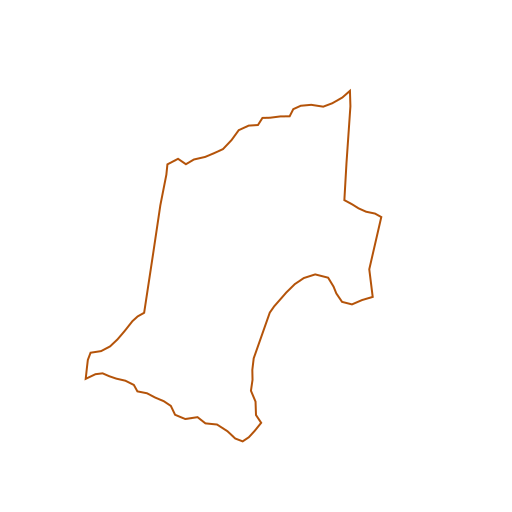 the district of Pilar, Paraíba, Brazil, rotated 209°
{"feature_id": "56859067B15568189766484", "entity_name": "Pilar", "entity_type": "district", "adm_level": 2, "iso_a3": "BRA", "parent_name": "Brazil", "parent_adm1": "Paraíba", "projection": "orthographic", "projection_center": [-35.268, -7.284], "detail": "fine", "context": "isolated", "style": "outline", "palette": "amber", "viewbox_px": 512, "rotation_deg": 209, "n_neighbors": 0, "source": "geoboundaries", "source_scale": "gbopen_adm2", "svg_char_len": 1197}
<svg xmlns="http://www.w3.org/2000/svg" viewBox="0 0 512 512"><g transform="rotate(209 256 256)"><path d="M253.9,446.0L257.3,436.5L263.4,426.5L269.6,419.2L281.0,415.0L289.7,409.1L294.6,402.5L294.3,394.5L302.5,389.8L310.8,383.7L317.3,379.9L317.8,371.5L325.6,366.5L332.1,357.7L333.6,345.5L336.7,333.5L342.3,325.9L348.5,318.0L357.1,310.3L361.8,302.3L371.3,303.2L377.9,293.2L373.8,283.6L364.3,254.1L347.3,208.7L326.3,152.1L330.2,145.8L332.5,139.1L334.5,126.8L336.7,116.0L339.8,106.2L345.4,97.7L353.8,91.2L352.7,83.6L350.0,77.0L345.4,66.0L339.1,74.8L333.3,79.0L326.1,79.7L318.8,81.0L309.8,83.6L300.3,84.0L294.1,80.1L284.8,83.1L275.7,83.3L266.2,84.3L257.8,83.6L249.8,77.9L238.9,79.1L229.0,86.7L219.1,85.1L208.4,89.7L196.0,88.9L185.7,86.3L177.8,87.4L174.4,94.0L172.4,102.3L170.6,112.6L178.9,116.9L185.8,128.4L195.1,135.7L199.0,146.0L204.0,154.6L208.4,165.4L216.5,213.2L215.7,220.8L213.9,229.0L211.8,238.8L208.4,250.3L203.5,259.9L195.3,268.6L182.4,272.0L173.3,266.8L167.6,262.2L158.5,257.6L148.6,260.2L141.8,269.0L134.1,276.8L150.5,299.3L165.3,350.8L172.5,350.8L181.2,348.1L189.5,347.4L196.8,347.8L205.8,347.7L221.9,381.1L246.0,432.7L253.9,446.0Z" fill="none" stroke="#b45309" stroke-width="2"/></g></svg>